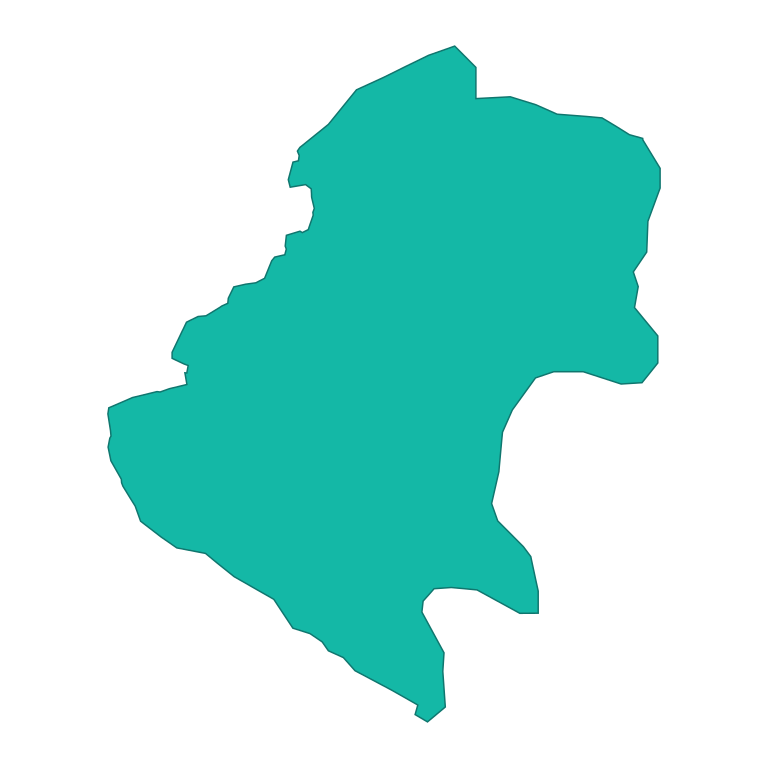 the district of Fen River, River Cess, Liberia
{"feature_id": "62588387B6652087258063", "entity_name": "Fen River", "entity_type": "district", "adm_level": 2, "iso_a3": "LBR", "parent_name": "Liberia", "parent_adm1": "River Cess", "projection": "orthographic", "projection_center": [-9.654, 5.605], "detail": "fine", "context": "isolated", "style": "filled", "palette": "teal", "viewbox_px": 768, "rotation_deg": 0, "n_neighbors": 0, "source": "geoboundaries", "source_scale": "gbopen_adm2", "svg_char_len": 1960}
<svg xmlns="http://www.w3.org/2000/svg" viewBox="0 0 768 768"><path d="M642.7,138.4L629.4,134.7L616.0,126.3L602.0,117.9L586.9,116.5L557.1,114.2L536.0,104.8L510.3,96.8L475.9,98.6L475.9,67.4L454.7,46.1L428.6,55.3L405.6,66.5L383.4,77.5L356.5,89.8L328.4,124.4L308.0,140.9L299.9,147.4L297.4,151.1L299.2,155.5L298.4,160.8L293.0,162.1L288.3,179.7L290.2,187.2L305.6,184.6L311.2,188.8L311.5,193.4L311.6,196.8L311.7,197.5L314.3,208.5L312.9,212.3L313.2,215.2L309.1,227.1L308.3,229.6L302.3,232.6L300.0,231.2L286.4,235.3L285.2,246.1L286.3,249.1L284.8,254.8L282.4,255.3L274.7,257.1L271.7,260.8L270.0,265.0L269.7,265.7L264.6,278.3L260.3,280.5L259.5,280.9L255.9,282.8L245.6,284.2L244.3,284.5L233.8,286.9L228.3,298.2L227.8,303.3L222.0,305.9L219.8,307.4L206.0,315.8L198.1,316.5L191.3,319.8L186.5,322.2L182.9,329.8L182.5,330.5L172.1,352.3L172.1,358.3L176.0,360.2L184.1,364.0L188.2,365.5L188.0,366.5L186.8,373.0L184.9,372.8L185.3,375.1L186.9,384.5L170.2,388.5L169.4,388.7L160.1,392.0L157.0,391.6L132.3,397.6L130.8,398.3L108.8,407.8L107.9,413.9L110.5,430.6L111.0,436.1L109.8,438.2L108.1,447.1L110.9,460.8L118.1,473.5L121.3,479.2L121.6,482.8L122.9,486.2L130.2,498.1L135.2,506.1L140.6,521.2L161.1,537.0L176.8,547.9L205.5,553.4L217.1,563.0L225.1,569.4L234.2,576.7L273.8,599.3L292.9,628.2L310.0,633.6L322.2,641.9L328.4,650.8L343.4,657.6L355.0,670.7L391.2,689.9L417.8,705.0L415.1,714.6L427.5,721.9L445.3,707.0L442.8,671.3L444.0,652.8L441.5,648.2L421.9,612.1L423.1,601.1L430.6,592.7L434.1,588.7L451.3,587.5L464.5,588.7L477.0,589.9L519.8,613.3L538.2,613.2L538.2,591.1L536.0,581.1L531.5,560.1L530.8,556.6L523.4,546.7L500.8,524.0L497.7,520.9L491.6,503.6L498.9,471.6L499.3,466.7L501.8,439.3L502.5,432.2L512.3,410.0L535.5,377.9L553.8,371.7L583.2,371.7L621.1,384.0L642.0,382.7L647.9,375.4L657.8,363.0L657.8,335.9L634.5,307.6L638.2,286.6L633.3,271.9L646.7,252.1L647.9,221.3L650.4,214.5L660.1,188.1L660.1,168.3L642.9,140.0L642.7,138.4Z" fill="#14b8a6" stroke="#0f766e" stroke-width="1.5"/></svg>